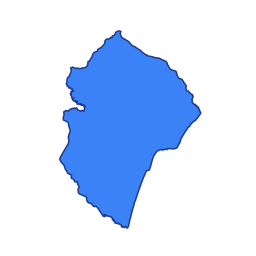 outline of Uato-Lari, Viqueque, East Timor, rotated 344°
{"feature_id": "22284137B41938791268987", "entity_name": "Uato-Lari", "entity_type": "district", "adm_level": 2, "iso_a3": "TLS", "parent_name": "East Timor", "parent_adm1": "Viqueque", "projection": "robinson", "projection_center": [126.552, -8.764], "detail": "fine", "context": "isolated", "style": "filled", "palette": "blue", "viewbox_px": 256, "rotation_deg": 344, "n_neighbors": 0, "source": "geoboundaries", "source_scale": "gbopen_adm2", "svg_char_len": 5637}
<svg xmlns="http://www.w3.org/2000/svg" viewBox="0 0 256 256"><g transform="rotate(344 128 128)"><path d="M147.7,33.2L146.8,32.5L146.5,32.3L145.0,32.1L143.9,32.2L142.5,32.7L141.7,33.8L140.6,34.9L139.2,35.2L138.5,35.2L137.9,35.5L137.6,36.7L137.3,36.9L136.0,36.3L134.8,36.9L134.1,37.1L131.8,36.7L131.3,36.8L129.9,37.9L129.2,39.7L128.0,41.1L124.6,43.1L122.9,43.6L122.5,43.5L121.6,44.0L120.8,44.0L120.5,44.3L119.9,45.6L119.0,45.7L118.2,45.7L117.8,45.9L116.6,46.0L115.4,46.5L113.3,48.9L112.8,50.2L111.3,50.9L109.5,53.1L109.0,53.2L108.7,53.0L108.3,53.0L107.7,53.4L107.1,55.3L106.4,56.2L106.1,57.2L104.7,57.6L104.3,58.0L102.9,58.3L102.1,58.0L100.5,57.6L99.8,57.8L98.3,57.9L95.3,56.2L94.2,56.3L93.0,55.5L92.4,54.7L92.1,54.5L91.1,54.2L90.1,54.5L89.6,54.4L89.3,55.1L89.4,56.6L88.4,59.0L87.0,60.4L85.8,62.0L83.9,63.0L83.0,64.1L82.8,64.4L82.2,66.4L80.8,68.9L81.4,69.7L81.1,70.9L81.8,70.9L82.0,71.3L82.2,73.3L82.6,73.4L82.9,73.3L83.2,73.1L83.4,73.2L83.8,73.6L83.9,74.8L84.5,74.9L84.9,74.6L85.1,75.8L85.4,75.9L85.4,76.3L85.0,77.1L85.4,77.5L85.0,77.6L84.5,77.4L83.9,77.0L83.4,77.2L83.1,77.5L83.0,77.9L83.2,78.7L82.2,79.0L82.0,79.4L82.2,79.8L82.7,80.2L82.1,80.8L82.6,82.4L82.6,82.8L82.2,83.7L82.6,84.3L82.9,84.4L83.7,84.3L83.4,84.7L82.6,85.0L82.6,85.8L83.2,86.9L83.9,87.1L84.4,86.9L84.7,87.0L84.3,87.8L84.5,88.2L85.1,88.9L85.5,89.0L85.7,88.8L86.0,88.2L86.3,88.0L86.6,88.1L86.6,88.5L85.7,90.5L85.7,90.9L85.9,91.2L87.0,91.1L87.4,91.8L87.9,92.0L88.3,91.9L88.7,91.3L89.2,91.5L89.4,91.7L89.4,92.0L89.1,92.3L89.2,93.2L90.3,93.6L90.6,93.3L90.7,92.8L91.8,93.4L92.1,94.1L91.6,94.9L91.5,95.3L92.0,95.6L92.6,95.4L92.8,95.5L92.8,95.8L92.0,96.4L91.4,97.5L90.5,99.7L90.2,99.7L88.6,98.3L87.8,98.9L87.1,98.6L86.0,97.7L84.8,97.1L84.4,96.7L84.6,95.8L84.0,94.5L83.0,94.8L82.0,94.0L81.0,94.2L80.6,94.2L80.3,93.9L79.7,93.9L78.8,94.4L78.0,93.9L76.3,95.0L75.9,95.0L75.6,94.7L75.2,94.6L74.6,95.0L74.2,94.9L72.8,94.1L72.5,94.5L71.1,94.5L70.8,94.8L70.4,96.0L70.3,97.5L68.9,99.6L68.6,100.3L68.3,101.6L68.2,102.5L69.0,103.4L70.4,104.3L71.1,105.0L71.9,106.3L72.0,106.8L71.8,108.7L71.6,112.1L71.8,114.4L71.7,115.0L69.5,117.9L68.3,119.9L67.9,121.1L67.9,123.0L67.7,123.8L67.3,124.8L66.0,126.9L60.1,132.4L56.0,136.4L53.9,138.7L53.9,140.2L54.2,141.9L56.3,146.5L56.4,150.5L57.0,152.0L57.6,154.8L57.8,155.3L59.8,156.8L60.6,158.0L60.0,159.1L60.1,159.5L59.8,160.5L59.8,160.8L61.6,162.1L61.7,162.4L61.9,164.3L62.0,164.8L62.3,165.1L62.8,165.3L63.5,165.2L64.1,165.5L64.6,166.0L64.1,166.5L64.3,167.5L64.0,168.2L64.5,169.7L64.9,170.2L64.7,171.3L63.3,172.6L63.1,173.2L62.5,175.9L62.8,177.5L63.5,178.3L65.9,180.2L68.8,182.7L69.0,183.5L68.5,185.2L68.5,186.0L68.6,187.5L68.8,187.9L69.3,188.8L69.7,189.2L71.6,190.3L71.9,190.8L72.7,192.5L73.1,193.6L74.1,194.2L74.5,194.4L75.6,194.4L76.0,194.8L77.3,197.6L77.6,199.0L79.5,204.8L79.8,205.9L80.4,206.3L81.3,204.8L81.6,205.0L81.7,205.4L81.4,206.3L81.5,206.6L81.8,206.3L82.0,205.6L82.5,205.5L82.9,205.6L83.5,206.4L83.4,206.7L83.6,206.9L84.2,206.9L86.8,208.5L87.1,209.0L88.0,209.8L87.8,211.6L88.3,211.6L88.8,211.8L89.1,212.2L88.9,212.6L88.4,212.8L88.5,213.3L88.9,213.3L88.9,213.8L89.1,214.1L89.6,214.4L89.7,214.7L89.5,215.3L89.3,215.6L89.6,215.9L90.1,215.9L91.1,216.7L91.7,216.7L92.0,216.9L92.0,217.3L92.3,217.5L92.7,217.1L93.1,217.6L93.1,218.0L93.6,218.2L94.1,218.8L94.8,219.2L94.9,219.6L94.8,220.3L94.6,220.7L94.8,221.4L95.6,221.9L96.2,221.5L96.6,221.6L96.8,221.8L97.1,222.6L97.5,222.7L97.6,222.2L98.0,222.1L98.9,222.4L99.3,222.8L99.5,223.9L100.7,223.3L101.2,222.7L105.1,215.7L106.2,214.2L106.9,212.6L111.6,204.9L112.6,203.6L112.9,202.6L113.7,201.5L113.9,200.8L114.3,200.6L115.2,199.7L116.3,197.9L117.8,195.8L119.5,193.2L127.9,181.5L133.4,174.9L134.0,174.4L134.6,174.2L136.4,174.3L136.9,174.1L137.5,173.6L138.1,172.5L139.3,170.8L143.0,164.6L145.3,161.7L146.6,160.5L149.1,158.7L150.6,158.0L153.0,157.9L153.6,158.1L154.9,158.0L155.1,158.1L155.3,158.6L155.4,158.4L155.6,158.3L156.8,158.6L157.0,158.8L157.8,158.7L159.2,158.9L159.3,159.1L159.4,158.8L159.7,158.6L160.7,159.0L162.0,159.1L162.4,159.5L163.9,159.7L164.9,160.3L166.6,160.7L167.8,160.8L168.5,160.6L169.1,160.7L169.5,160.5L170.2,160.1L171.1,158.9L171.5,158.6L171.5,158.2L171.9,157.8L173.0,157.2L173.5,156.7L174.4,155.5L175.6,153.4L177.3,151.7L181.6,147.6L183.5,146.2L185.0,144.8L185.9,144.0L187.4,143.5L189.2,141.9L192.2,140.0L194.0,139.6L195.4,139.0L197.6,137.3L198.2,137.0L198.7,136.5L201.7,134.2L202.1,133.4L202.1,132.8L201.8,132.5L201.6,131.9L201.8,131.1L201.8,130.7L201.6,130.4L201.2,130.0L201.6,129.4L201.4,128.7L201.4,128.3L201.3,128.0L200.8,127.7L201.0,127.4L201.1,127.0L201.0,126.8L200.3,126.7L200.3,126.1L200.0,125.4L199.2,125.1L199.3,124.0L198.9,123.7L198.3,123.7L197.9,123.3L197.4,122.0L196.8,121.4L196.9,120.6L197.1,120.4L197.3,119.7L197.3,118.2L198.2,117.5L198.6,116.5L198.8,116.2L199.1,116.0L199.3,115.6L199.0,114.7L199.3,114.4L199.2,114.0L198.7,113.2L198.2,113.0L197.8,112.4L197.4,111.9L197.2,111.2L196.7,110.1L196.2,109.2L195.1,108.5L194.6,107.5L194.5,106.2L194.9,105.0L195.5,103.8L195.5,102.9L194.8,100.9L194.1,99.8L194.2,99.5L194.2,99.0L193.4,96.3L192.8,95.7L190.9,94.5L190.3,93.5L190.1,92.7L189.8,90.7L189.9,87.7L189.7,86.8L189.4,86.4L188.4,85.7L186.7,84.8L186.1,84.3L184.8,82.9L184.3,81.6L183.9,79.6L183.4,77.8L183.3,77.0L183.6,76.3L183.3,75.9L183.0,74.9L182.6,74.2L179.4,71.6L177.3,69.5L174.3,68.3L170.3,65.8L166.8,64.1L166.5,63.8L166.4,63.2L166.0,63.4L162.9,59.5L162.1,58.3L161.6,57.0L161.3,56.6L159.5,55.0L159.1,54.3L157.4,52.4L157.0,51.7L155.2,50.4L154.5,49.6L153.9,48.3L153.4,47.0L153.2,46.6L152.8,45.7L151.8,44.3L150.7,43.3L149.7,42.0L148.8,41.3L147.3,39.5L147.0,38.8L146.6,37.8L146.6,35.3L146.9,34.6L147.7,33.2Z" fill="#3b82f6" stroke="#1e3a8a" stroke-width="1.5"/></g></svg>